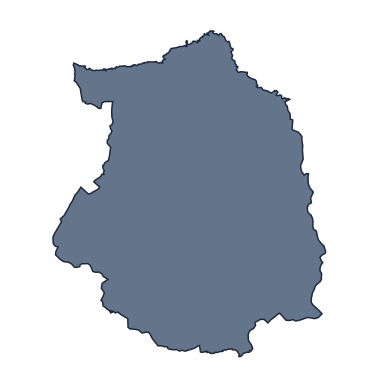 the district of Kono, Eastern, Sierra Leone, rotated 273°
{"feature_id": "65957751B39294828597109", "entity_name": "Kono", "entity_type": "district", "adm_level": 2, "iso_a3": "SLE", "parent_name": "Sierra Leone", "parent_adm1": "Eastern", "projection": "orthographic", "projection_center": [-10.815, 8.706], "detail": "fine", "context": "isolated", "style": "filled", "palette": "slate", "viewbox_px": 384, "rotation_deg": 273, "n_neighbors": 0, "source": "geoboundaries", "source_scale": "gbopen_adm2", "svg_char_len": 5970}
<svg xmlns="http://www.w3.org/2000/svg" viewBox="0 0 384 384"><g transform="rotate(273 192 192)"><path d="M286.7,280.1L289.7,284.7L290.3,283.1L290.3,281.9L289.7,280.9L291.0,279.7L290.5,278.7L289.7,277.7L290.3,276.7L292.4,276.6L293.4,275.7L293.5,274.5L292.8,272.9L292.8,271.8L293.1,270.9L296.4,272.5L297.7,270.7L297.1,270.2L297.6,269.0L295.5,267.2L295.2,265.7L295.6,264.3L296.8,262.6L297.7,257.4L299.5,256.4L300.0,255.4L300.2,254.6L299.6,253.6L299.7,252.2L300.7,250.9L301.6,252.1L302.3,251.8L303.3,250.6L304.8,250.8L306.4,250.2L307.4,249.2L308.8,244.5L310.5,241.7L312.6,240.4L313.4,241.0L314.4,240.9L314.3,238.6L314.8,237.0L314.5,236.0L314.8,234.6L313.8,232.4L314.0,231.8L315.1,231.2L316.2,230.0L317.9,230.5L318.8,231.1L319.7,231.1L319.8,229.5L320.2,229.3L321.1,229.6L322.5,228.4L324.6,228.1L325.4,227.5L326.3,225.4L327.6,224.9L328.5,224.8L330.0,225.4L330.6,225.2L334.1,223.5L334.7,224.0L335.4,225.1L336.8,225.6L337.4,224.9L337.8,223.3L343.7,221.5L344.4,220.8L343.8,219.8L344.0,219.0L344.9,218.0L348.8,216.0L349.4,214.2L350.6,213.8L351.7,212.8L351.7,212.2L351.2,211.3L349.8,210.0L351.3,208.4L351.2,206.0L352.2,204.6L352.8,204.2L353.6,205.2L354.0,204.3L353.5,203.6L353.9,201.8L352.2,200.4L351.4,198.9L350.4,200.1L349.6,200.3L350.2,198.2L349.9,196.8L350.6,196.2L350.2,195.7L349.2,196.0L348.6,195.7L348.0,194.2L347.2,194.4L347.0,193.2L345.0,191.4L343.1,191.9L343.1,191.0L343.5,190.5L343.6,189.6L342.0,190.0L341.4,189.6L341.7,188.2L342.5,188.0L342.6,187.8L342.7,185.3L340.9,184.4L340.6,183.4L339.7,182.6L339.1,180.9L339.7,179.6L340.9,179.2L342.2,179.5L342.8,178.9L342.3,178.3L341.0,178.2L339.6,179.0L338.9,178.9L338.4,178.3L337.6,178.6L337.3,179.3L337.0,179.0L337.1,177.7L337.6,177.2L337.7,176.7L336.8,174.8L336.7,172.6L335.4,169.2L334.2,163.7L333.3,163.1L332.5,163.1L332.2,162.3L330.9,162.0L329.5,160.9L329.1,159.8L327.8,159.1L327.9,158.1L326.8,157.5L326.8,156.5L326.5,156.2L325.3,156.0L324.8,156.7L323.6,157.2L323.3,158.1L322.6,156.7L321.3,155.5L319.2,156.0L319.1,155.4L319.8,154.0L318.8,151.6L320.4,149.5L319.9,149.0L320.3,148.5L319.8,147.6L320.1,147.0L319.6,146.2L319.8,145.4L319.6,141.7L319.8,141.0L318.9,140.3L318.8,137.6L318.1,137.5L318.3,136.3L317.2,135.0L316.7,131.7L316.0,131.3L315.4,129.7L315.8,129.1L315.7,128.3L316.1,128.2L316.1,127.9L315.3,125.8L315.0,125.7L314.8,126.2L314.2,125.5L314.5,124.3L313.7,123.7L314.0,121.7L313.6,121.2L314.3,119.0L314.2,118.2L314.6,117.6L313.8,115.7L314.0,114.9L313.8,112.9L312.9,112.1L312.8,110.8L313.2,110.0L312.3,109.3L311.4,109.1L311.8,108.6L311.1,107.2L311.2,106.2L310.6,105.8L311.3,105.4L310.8,105.1L311.0,104.2L310.2,101.4L309.3,99.7L308.7,99.8L308.9,99.1L310.2,99.0L310.2,97.3L309.3,97.5L309.0,96.7L308.9,95.9L309.2,95.2L308.5,92.5L308.7,89.9L308.0,88.1L308.6,85.1L309.0,84.8L309.4,83.9L309.9,83.8L310.0,82.7L309.1,82.4L308.8,81.0L309.4,79.6L311.3,78.9L311.0,78.2L312.1,78.5L312.3,77.5L311.7,75.5L312.2,74.7L312.2,73.8L311.7,73.1L313.0,71.7L313.0,71.0L313.8,69.6L314.5,67.2L312.7,66.8L308.9,68.4L305.8,68.9L303.4,68.6L301.7,69.1L296.9,68.6L295.5,70.6L289.7,74.9L278.4,77.4L276.5,78.4L276.3,80.8L275.1,80.8L274.3,83.2L275.1,85.9L273.4,90.5L270.7,94.4L270.7,96.6L273.4,96.9L276.3,97.6L277.7,100.0L278.2,108.0L272.2,107.6L267.6,107.6L262.6,108.1L258.2,109.5L254.9,108.5L253.9,106.6L251.3,107.3L248.5,108.8L246.6,108.1L243.7,106.1L241.0,106.1L239.1,104.7L236.0,104.9L232.5,108.4L223.0,107.6L219.2,106.8L216.9,103.7L216.2,103.1L214.8,102.8L213.8,101.4L211.7,101.7L208.2,103.3L207.6,102.8L206.3,102.5L205.1,103.2L204.8,102.9L205.0,101.1L203.1,100.2L202.2,99.4L198.5,94.5L197.2,93.5L197.0,93.4L192.0,99.6L191.6,99.6L188.9,96.6L187.7,94.5L187.1,93.9L186.7,92.7L185.2,91.0L184.6,88.6L191.0,80.8L186.0,77.9L182.6,75.2L176.7,73.0L173.1,70.8L170.3,69.8L161.8,65.5L158.2,61.8L155.6,63.3L143.3,56.9L139.7,55.5L133.2,56.2L130.8,58.1L130.1,61.1L125.1,59.1L122.0,59.1L117.6,64.2L115.7,67.6L115.5,72.0L113.8,75.6L110.9,78.3L110.6,80.5L111.6,83.9L113.0,83.9L114.5,85.4L115.0,91.9L113.7,93.9L110.4,95.8L107.5,97.1L106.8,100.0L107.2,103.1L105.7,106.1L102.8,108.0L100.4,112.6L96.1,107.0L91.0,106.5L86.9,109.7L83.1,108.7L79.0,106.8L77.6,108.5L73.5,109.2L73.0,110.4L70.3,113.8L69.6,115.3L67.0,117.2L67.7,118.7L69.1,117.2L68.4,120.6L67.2,121.6L68.2,124.3L66.2,126.9L62.1,134.5L53.5,135.2L52.0,137.2L52.0,141.3L51.5,145.7L48.6,149.3L49.8,154.7L48.9,156.9L43.6,160.0L36.6,166.1L36.8,170.0L36.1,172.2L36.1,175.3L34.2,176.3L33.7,178.7L33.4,182.4L33.9,184.8L32.5,187.8L33.4,190.4L32.7,193.6L36.2,202.8L39.1,206.9L39.1,207.5L32.6,208.9L32.4,210.4L33.1,213.4L33.8,214.0L33.5,215.5L32.6,215.3L32.8,217.2L31.8,219.1L32.0,219.5L31.8,220.8L32.3,223.0L33.2,223.5L33.0,225.6L34.1,228.1L34.5,231.1L35.4,230.9L35.6,232.1L36.1,232.8L35.9,234.0L37.1,236.9L37.0,238.8L37.6,240.1L36.5,240.9L36.7,243.7L35.1,245.6L31.9,247.9L30.4,247.3L30.0,248.4L31.2,250.3L33.6,251.8L34.7,254.9L35.1,257.9L36.8,257.9L36.3,259.3L38.8,260.8L42.4,259.3L45.5,256.9L47.7,255.9L52.4,255.6L54.5,256.1L56.2,256.9L57.3,257.9L58.3,259.9L59.5,261.0L62.3,262.5L63.5,261.8L65.2,262.0L68.4,267.1L68.6,270.6L65.2,274.7L68.3,277.1L71.5,281.0L73.6,283.0L75.6,285.9L68.8,292.7L68.8,296.1L69.8,299.5L68.6,302.4L69.5,305.8L72.6,313.6L72.6,316.8L71.9,320.9L73.3,324.8L77.2,328.2L79.8,325.6L85.4,318.8L88.0,316.8L92.4,316.8L97.7,317.6L101.5,319.3L104.4,320.0L106.3,321.5L109.0,324.4L111.4,325.8L114.3,325.6L117.2,325.8L120.1,323.9L123.2,323.9L125.8,324.6L128.4,326.3L130.3,324.6L133.4,323.2L135.6,324.9L138.0,328.3L139.7,328.5L145.0,326.6L147.4,323.7L150.5,321.0L152.5,320.0L159.4,318.3L161.4,315.2L164.7,314.4L168.8,314.4L172.0,313.7L175.3,312.0L177.3,309.1L178.7,308.6L182.3,307.9L185.9,309.1L187.4,311.8L192.2,310.8L198.2,313.2L202.5,309.3L206.9,307.6L212.4,307.1L216.3,307.4L216.3,305.2L214.8,303.0L218.4,300.3L221.6,299.4L224.2,299.1L230.7,301.3L239.4,300.1L244.4,300.1L249.0,299.1L253.1,298.9L255.5,296.9L257.6,294.6L258.4,291.3L259.8,288.6L269.2,288.9L270.0,286.2L272.6,286.2L275.5,285.7L278.5,283.5L282.8,282.6L284.0,281.1L286.7,280.1Z" fill="#64748b" stroke="#1e293b" stroke-width="1.5"/></g></svg>